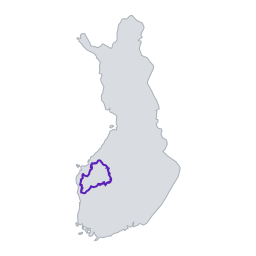 Finland, with Southern Ostrobothnia highlighted
{"feature_id": "FIN-3183", "entity_name": "Southern Ostrobothnia", "entity_type": "Province", "adm_level": 1, "iso_a3": "FIN", "parent_name": "Finland", "parent_adm1": "", "projection": "orthographic", "projection_center": [23.15, 62.738], "detail": "medium", "context": "in_parent", "style": "outline", "palette": "violet", "viewbox_px": 256, "rotation_deg": 0, "n_neighbors": 0, "source": "natural_earth", "source_scale": "10m", "svg_char_len": 5222}
<svg xmlns="http://www.w3.org/2000/svg" viewBox="0 0 256 256"><path d="M105.7,109.5L104.7,105.5L103.4,102.0L102.0,101.1L101.5,99.8L101.3,97.0L101.5,94.8L102.9,92.7L103.1,89.8L103.9,87.5L103.5,86.1L101.2,81.9L100.9,80.6L100.7,78.3L101.9,76.2L101.6,74.2L99.2,73.4L99.3,72.1L99.9,70.0L99.6,68.2L99.6,64.3L100.7,62.6L99.3,61.2L98.0,58.7L96.9,58.6L96.2,56.0L94.3,53.6L87.4,50.2L83.2,46.3L81.1,43.3L79.1,41.5L78.9,39.9L76.8,38.6L77.3,37.9L79.0,37.9L80.3,38.6L80.8,37.8L80.3,35.4L80.5,34.9L82.1,33.6L84.6,33.7L89.9,42.9L90.8,45.9L96.0,46.9L96.6,47.6L98.1,47.4L101.1,46.0L102.2,44.0L103.4,44.1L111.0,48.4L112.1,47.4L112.7,44.6L113.3,43.4L114.1,42.5L115.8,41.9L117.1,39.6L117.0,33.2L117.5,31.4L118.5,25.1L120.6,22.2L122.1,19.2L123.7,18.7L126.6,19.1L129.9,15.9L132.1,15.4L136.4,20.2L142.2,23.0L144.1,27.2L143.6,29.0L141.0,34.0L141.0,35.2L142.2,37.2L138.2,40.2L138.5,40.8L140.9,41.0L141.2,41.9L139.4,48.1L139.4,49.2L141.7,55.5L147.3,57.8L149.1,60.6L153.5,65.8L153.4,68.5L148.6,78.9L147.5,81.7L147.5,83.5L151.7,91.0L154.1,96.4L156.5,100.2L158.9,106.7L159.2,108.9L156.0,110.5L157.0,111.6L156.4,113.8L156.6,116.8L155.8,118.8L156.1,119.3L157.8,119.6L158.1,120.9L158.0,121.7L156.4,123.4L156.4,124.9L157.6,127.5L158.5,128.3L161.2,128.9L161.7,129.6L162.0,131.5L160.9,133.5L161.0,134.2L162.5,137.6L166.4,140.0L167.0,142.0L167.2,143.4L167.1,144.7L164.8,149.7L162.9,151.4L167.6,156.0L175.8,161.6L179.7,166.7L180.2,168.2L178.6,175.4L177.8,177.4L172.5,185.8L164.8,199.5L160.8,205.6L152.7,214.9L146.7,223.3L143.2,225.1L140.4,223.6L139.0,224.0L137.7,225.3L133.3,226.8L133.1,225.6L133.8,222.1L133.4,222.2L132.7,223.8L132.4,225.7L131.6,226.7L129.7,227.1L127.8,225.7L127.0,225.8L128.0,228.0L128.0,228.7L127.0,228.6L125.0,230.4L124.6,230.4L123.9,229.0L121.7,230.7L119.7,231.0L118.5,232.2L112.5,234.2L110.9,236.2L109.7,235.8L102.9,237.6L100.1,237.1L97.0,240.2L94.6,240.6L97.1,237.4L97.2,236.4L95.9,235.8L95.0,234.7L94.1,232.2L93.6,232.1L92.8,235.1L91.1,236.2L89.1,236.2L88.9,234.8L89.3,233.6L88.9,233.4L89.3,232.4L90.3,232.3L90.6,231.8L90.6,231.2L89.7,230.6L90.5,228.5L87.0,228.0L82.7,225.6L82.2,223.7L80.1,225.0L78.2,223.5L78.0,222.6L77.6,215.4L77.9,213.4L79.0,211.0L79.4,208.5L79.5,204.1L80.1,204.1L79.4,202.6L80.4,202.3L80.6,201.8L78.4,194.6L77.2,192.9L78.3,187.8L78.2,186.7L78.1,185.2L76.5,183.6L76.0,179.0L76.5,176.5L79.8,172.0L80.0,170.1L81.8,170.0L81.0,168.4L80.8,166.4L83.3,165.7L84.3,166.3L86.5,165.6L88.5,164.2L87.8,161.4L88.8,161.3L88.5,160.7L88.5,160.0L89.3,160.3L90.6,158.3L90.7,156.8L92.8,156.1L95.4,153.1L97.6,151.4L100.0,148.4L101.0,148.2L101.5,146.2L104.0,143.1L104.9,140.6L107.3,137.8L109.6,132.8L109.8,131.4L113.3,129.5L116.6,130.0L116.5,128.7L116.0,128.0L117.3,126.7L116.9,124.7L116.1,123.8L116.7,116.4L115.7,115.0L111.9,112.6L110.4,112.4L109.6,110.5L109.9,108.3L108.0,110.0L105.7,109.5ZM85.6,229.0L88.0,229.0L88.7,230.1L87.6,230.9L87.5,231.8L88.1,233.2L86.9,233.1L86.2,231.6L85.0,230.5L85.6,229.0ZM112.4,127.2L111.0,128.0L109.9,127.6L109.9,126.1L111.8,125.1L113.8,126.1L112.8,126.4L112.4,127.2ZM77.8,164.7L77.7,165.9L79.1,165.1L79.6,165.5L79.5,166.5L79.0,166.3L77.9,167.5L76.9,166.4L76.3,164.7L77.8,164.7ZM78.3,225.0L78.2,226.0L76.7,226.0L76.1,225.0L75.8,223.3L76.4,222.6L76.8,223.5L78.3,225.0ZM84.1,229.4L83.3,229.4L82.2,228.3L82.1,227.9L82.5,227.7L82.4,226.4L83.2,227.1L83.7,227.9L83.2,228.1L84.1,229.4ZM82.3,233.6L81.2,234.3L80.8,234.2L80.9,232.9L81.6,232.3L82.7,232.3L82.3,233.6ZM80.0,234.3L79.1,234.5L78.5,233.8L79.4,232.9L80.1,232.9L80.3,233.6L80.0,234.3Z" fill="#d9dde1" stroke="#a8b0b8" stroke-width="1"/><path d="M102.1,162.7L102.5,163.7L103.1,164.4L103.8,164.9L105.5,165.2L106.2,165.8L107.3,167.2L106.9,167.7L107.3,167.7L108.7,168.4L108.3,169.3L107.8,169.7L107.9,170.2L108.1,170.2L108.2,171.1L108.5,171.7L108.6,172.4L108.8,172.8L109.3,172.9L109.7,173.5L109.6,173.8L108.8,174.0L108.8,174.4L111.0,178.4L110.4,179.1L110.4,179.3L111.1,179.3L111.1,179.5L110.8,179.5L110.9,180.1L110.7,180.2L110.7,180.6L110.5,181.8L109.7,182.4L109.0,181.9L108.6,182.1L108.7,182.6L108.6,182.8L107.3,182.6L106.6,183.3L105.5,185.0L104.5,184.0L104.3,183.3L104.4,182.7L104.3,182.4L104.1,182.4L103.7,182.8L103.7,182.3L103.4,182.4L103.4,182.7L102.2,183.6L101.8,183.8L100.3,184.0L100.4,184.8L99.4,184.7L98.8,183.9L98.4,183.8L98.1,184.1L97.6,185.1L96.8,186.0L95.8,186.6L93.5,187.1L92.1,186.8L91.3,186.3L90.9,186.4L90.6,187.5L90.1,188.3L88.4,190.2L86.7,191.1L85.5,192.7L85.0,193.1L84.1,193.2L81.2,192.4L81.1,192.0L81.2,190.4L81.3,189.7L81.8,189.6L81.8,189.3L81.6,188.9L81.6,188.5L81.7,188.3L82.5,188.0L82.5,187.8L81.7,186.9L81.7,186.2L81.6,185.5L81.8,185.4L81.8,185.1L81.3,184.8L80.5,185.0L80.5,184.7L80.2,184.5L80.4,183.8L80.5,182.8L81.1,180.9L81.2,180.5L81.0,180.4L80.9,179.6L82.0,178.8L82.8,177.9L82.9,177.4L82.5,176.7L82.4,175.9L82.5,175.1L82.8,174.2L83.1,174.1L83.9,175.0L85.0,175.7L86.9,176.2L87.3,176.2L88.0,175.5L89.1,174.1L89.5,172.0L90.2,170.4L90.7,169.9L90.6,169.7L91.5,169.3L91.7,168.7L91.6,168.4L92.0,168.1L92.0,167.3L91.9,166.9L91.0,167.0L91.2,166.4L91.2,165.7L90.9,165.6L90.9,165.3L91.3,164.8L92.0,164.5L91.8,164.1L92.7,163.5L92.6,163.3L93.9,163.3L94.8,163.6L95.0,163.5L94.9,163.2L95.1,163.0L96.4,163.2L96.7,163.0L98.1,160.7L99.1,160.3L100.2,160.6L100.6,160.9L101.2,162.0L102.1,162.7Z" fill="none" stroke="#5b21b6" stroke-width="2"/></svg>